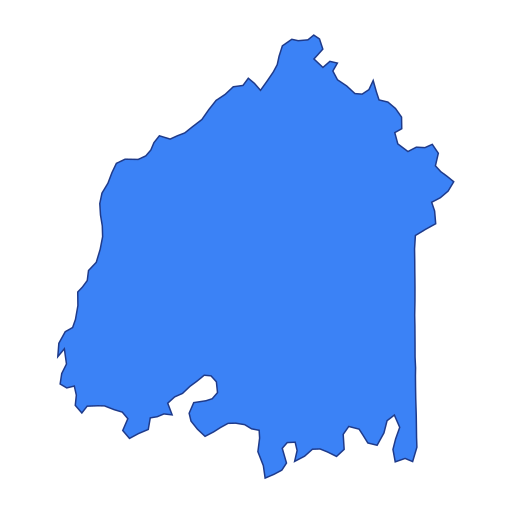 Bozano, Rio Grande do Sul, Brazil, rotated 181°
{"feature_id": "56859067B99818691919040", "entity_name": "Bozano", "entity_type": "district", "adm_level": 2, "iso_a3": "BRA", "parent_name": "Brazil", "parent_adm1": "Rio Grande do Sul", "projection": "natural_earth1", "projection_center": [-53.753, -28.359], "detail": "fine", "context": "isolated", "style": "filled", "palette": "blue", "viewbox_px": 512, "rotation_deg": 181, "n_neighbors": 0, "source": "geoboundaries", "source_scale": "gbopen_adm2", "svg_char_len": 2283}
<svg xmlns="http://www.w3.org/2000/svg" viewBox="0 0 512 512"><g transform="rotate(181 256 256)"><path d="M113.2,52.6L103.4,56.2L95.8,53.2L91.8,67.6L92.3,77.2L92.7,90.1L93.0,99.4L93.4,107.8L93.8,116.1L94.2,127.9L94.5,139.1L94.5,146.8L95.2,157.6L95.5,172.5L95.9,188.8L96.3,199.6L96.3,213.9L96.5,226.8L96.7,234.8L97.0,245.0L97.2,253.6L97.6,265.9L97.0,279.3L87.0,285.6L76.9,291.4L78.2,304.1L81.3,312.8L72.7,317.5L65.1,324.2L59.6,333.7L66.2,338.9L72.7,343.5L78.2,349.3L75.5,361.9L81.7,370.7L89.0,367.3L97.6,367.6L105.9,363.1L116.2,370.6L119.4,381.8L112.5,385.8L112.9,397.4L119.1,405.9L126.8,412.2L135.7,414.2L138.5,422.2L141.9,433.5L146.0,424.3L152.7,419.7L159.9,420.1L168.3,427.6L177.6,433.6L182.4,442.3L178.0,450.3L185.5,451.9L192.4,445.7L201.5,454.0L192.8,464.0L196.3,474.1L202.1,477.9L207.9,473.0L217.6,472.0L224.0,473.3L233.3,466.6L236.4,456.2L238.1,447.7L241.9,440.3L247.8,431.3L254.4,421.7L260.6,428.6L266.8,433.6L272.0,426.3L281.7,424.8L289.6,417.1L298.6,410.9L305.7,401.6L312.5,391.5L321.8,384.1L329.4,377.8L336.8,374.8L343.9,371.4L354.7,374.5L360.0,367.6L363.0,360.1L367.9,354.2L375.5,350.5L388.6,350.5L397.2,346.2L401.5,336.8L405.3,326.2L411.1,316.2L413.1,305.7L412.2,294.3L410.2,283.4L409.7,272.6L411.9,260.0L415.6,246.9L423.2,238.6L424.3,228.5L429.0,221.9L433.6,216.9L433.2,203.3L435.4,189.4L438.1,181.3L445.4,177.0L451.6,165.3L452.4,151.9L446.0,159.9L443.6,144.7L448.2,135.1L449.6,124.6L442.9,120.8L435.4,122.8L433.2,113.7L434.1,103.5L427.4,96.0L422.2,102.9L411.5,103.5L404.9,103.5L395.2,99.9L387.0,97.6L381.3,91.1L386.2,79.2L379.3,71.4L370.4,76.4L360.7,80.7L358.9,92.3L351.9,93.6L345.3,96.5L337.1,95.7L341.7,107.3L334.9,113.7L327.0,117.4L319.7,124.6L313.0,129.7L305.7,135.9L298.9,135.4L293.4,129.5L292.1,118.7L297.3,112.5L303.5,110.4L315.7,108.3L320.1,97.6L318.1,89.8L311.5,81.8L303.8,74.8L295.3,79.4L288.5,83.9L281.0,88.2L273.4,88.5L264.4,87.2L257.4,83.1L249.8,81.8L249.2,74.0L250.7,60.4L245.0,46.5L243.0,34.1L233.9,38.2L226.4,42.4L221.9,49.5L226.4,64.2L221.5,70.0L213.6,70.5L211.5,62.2L213.8,51.3L203.9,56.7L196.2,63.8L188.6,64.2L181.3,61.4L172.0,57.0L164.5,64.2L165.7,79.2L160.3,87.2L149.9,84.7L146.0,78.9L140.9,71.0L131.6,68.9L125.0,81.3L122.1,93.6L114.9,99.4L109.3,87.2L113.2,75.6L115.7,65.0L113.2,52.6Z" fill="#3b82f6" stroke="#1e3a8a" stroke-width="1.5"/></g></svg>